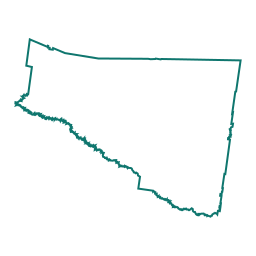 the district of Edward River, New South Wales, Australia
{"feature_id": "25037944B16722839752740", "entity_name": "Edward River", "entity_type": "district", "adm_level": 2, "iso_a3": "AUS", "parent_name": "Australia", "parent_adm1": "New South Wales", "projection": "natural_earth1", "projection_center": [144.82, -35.234], "detail": "fine", "context": "isolated", "style": "outline", "palette": "teal", "viewbox_px": 256, "rotation_deg": 0, "n_neighbors": 0, "source": "geoboundaries", "source_scale": "gbopen_adm2", "svg_char_len": 5795}
<svg xmlns="http://www.w3.org/2000/svg" viewBox="0 0 256 256"><path d="M222.3,188.0L224.4,173.9L225.3,174.1L230.0,139.6L228.0,139.3L228.1,138.0L229.1,137.8L229.1,137.0L230.3,136.8L229.9,136.1L230.7,135.7L230.4,135.3L230.9,134.7L230.1,134.2L230.7,133.6L230.6,132.5L230.2,132.1L230.8,130.7L230.7,130.4L230.1,130.5L229.8,129.5L230.3,129.4L230.0,129.0L230.6,128.7L231.0,127.4L232.5,126.8L233.0,123.7L231.3,123.9L232.9,112.9L232.2,113.4L235.3,91.7L236.1,91.5L240.6,60.4L179.5,59.3L161.2,59.0L160.8,59.4L155.7,58.6L155.3,59.0L150.6,59.2L148.1,58.8L98.3,58.5L65.0,53.1L53.1,48.1L52.8,49.7L49.4,49.2L49.6,47.8L48.0,47.6L48.2,45.9L47.9,45.8L47.8,47.0L29.8,39.4L26.3,65.7L31.9,67.0L28.2,94.0L27.9,93.9L27.5,94.7L26.7,94.1L26.2,95.2L27.0,95.0L26.9,95.6L25.6,95.4L25.3,95.7L25.0,95.4L24.4,96.0L24.7,95.2L24.1,95.1L24.0,95.9L23.8,95.2L23.5,95.7L23.0,95.8L22.7,96.6L22.1,96.6L22.6,97.1L23.3,96.7L23.1,97.5L24.1,98.1L23.1,98.6L22.3,99.6L21.2,99.4L21.4,100.3L20.6,100.4L21.0,101.0L20.3,100.9L20.0,100.5L18.0,102.1L16.6,102.5L15.5,102.2L15.4,103.4L17.0,103.5L16.1,105.3L18.3,104.5L18.5,105.2L19.3,104.8L20.3,105.2L20.5,105.6L20.1,105.9L21.2,106.9L21.5,106.8L21.7,107.3L23.1,107.2L22.9,108.2L24.7,108.0L24.0,109.1L24.1,109.7L24.9,108.8L25.1,109.8L25.6,109.6L26.2,110.2L26.2,109.6L27.0,109.6L27.2,109.8L26.7,110.4L28.3,110.2L28.4,110.8L29.0,111.0L28.5,111.6L28.5,112.3L29.1,112.4L28.7,112.9L30.2,113.5L30.3,112.2L30.7,112.0L31.3,112.5L30.9,113.0L32.2,114.7L33.2,114.7L33.2,113.4L33.4,114.5L33.7,114.6L33.6,114.0L34.4,113.2L34.5,114.3L34.9,114.6L35.3,114.5L34.9,114.0L35.5,114.1L35.7,113.5L36.2,113.3L36.6,113.4L36.4,114.2L38.0,113.2L38.9,113.3L38.5,114.3L38.9,115.0L39.7,114.3L40.7,114.1L40.3,114.9L39.2,115.5L39.7,116.0L40.8,115.7L41.4,116.7L42.1,115.6L42.5,115.5L42.3,116.5L42.8,117.2L43.5,116.3L44.1,116.2L43.5,117.6L44.4,117.3L45.1,117.9L45.2,118.9L45.6,119.1L45.9,119.0L45.8,117.9L46.5,117.4L46.8,118.6L48.1,117.4L48.9,118.8L49.4,117.8L49.8,118.6L50.9,118.1L51.3,118.4L51.2,119.2L52.1,120.1L52.6,119.6L52.8,118.3L54.1,119.5L54.6,119.2L54.1,118.8L55.0,118.3L54.9,119.2L55.2,118.8L56.1,119.6L56.8,118.9L57.0,119.4L58.5,119.6L59.4,120.3L60.7,119.2L60.8,120.6L61.6,119.4L61.8,120.4L62.4,120.9L63.6,119.9L63.9,121.0L63.6,122.6L65.2,122.2L65.1,121.8L64.2,121.8L64.5,120.7L65.0,120.7L64.9,121.6L65.6,121.3L65.6,122.1L66.7,121.7L66.2,122.1L66.8,122.9L66.4,123.9L68.1,123.3L67.9,124.5L68.5,123.7L68.9,124.2L69.4,124.1L69.6,124.6L71.2,124.9L71.0,125.8L70.4,126.1L70.7,127.0L71.6,127.1L71.4,127.5L71.9,128.0L70.4,128.7L70.5,129.4L69.5,130.0L70.2,129.7L70.5,130.5L71.3,130.0L71.8,130.6L71.9,131.1L70.7,131.4L70.8,131.8L71.6,131.5L71.4,132.6L72.0,131.7L73.0,131.7L73.6,132.3L73.0,133.3L73.6,132.9L74.1,133.3L74.7,132.8L74.6,133.8L76.5,134.0L75.6,134.6L76.0,135.2L76.8,135.0L77.3,135.5L77.2,135.9L76.6,135.3L76.9,137.0L78.0,136.0L77.7,136.8L78.0,137.7L78.6,137.2L79.1,138.2L79.6,136.9L79.4,138.3L80.7,137.4L81.3,139.1L82.0,139.8L83.0,138.6L83.5,139.0L84.0,138.4L83.9,139.3L84.7,138.9L84.5,139.6L85.2,140.2L84.3,140.7L84.6,140.9L84.9,140.7L84.8,141.3L85.7,141.5L85.2,142.1L86.2,142.4L85.6,143.3L87.0,143.1L86.8,143.6L87.3,144.1L88.3,143.5L88.0,144.2L88.3,144.5L89.0,144.3L88.6,145.3L89.1,146.0L89.4,146.0L89.5,145.3L89.8,145.2L90.2,145.9L90.8,145.3L91.1,146.1L91.9,145.5L92.3,146.4L92.8,146.7L92.9,145.8L93.4,145.3L93.7,146.2L94.1,145.7L95.0,145.4L94.6,146.0L95.3,146.2L95.9,147.2L95.2,147.8L95.9,148.4L95.5,148.9L95.2,148.2L94.4,148.3L95.0,148.4L94.8,149.8L95.9,149.1L96.8,150.5L98.0,149.5L98.4,150.0L99.7,149.4L100.3,150.3L101.3,150.3L101.7,150.9L101.1,151.6L101.7,151.6L101.5,152.5L102.0,152.2L102.6,153.2L103.1,152.6L103.8,152.8L102.8,155.2L103.1,156.8L104.6,157.2L104.9,158.0L106.0,158.1L106.5,158.7L106.9,158.0L107.6,159.5L109.0,159.3L108.9,160.5L110.3,160.0L110.7,160.5L112.9,160.7L113.7,160.2L115.8,160.1L115.4,160.8L115.7,161.6L116.1,161.9L116.6,161.4L117.0,161.6L116.6,162.8L118.7,162.3L118.4,163.7L119.0,164.2L119.2,165.7L120.2,165.3L120.7,165.5L120.1,166.4L121.8,165.8L122.2,166.5L123.2,166.3L124.0,166.7L124.0,166.1L124.4,165.8L124.8,166.8L125.4,166.8L125.8,166.2L127.5,167.0L127.2,167.6L127.5,168.1L128.0,167.4L128.7,167.9L130.8,168.0L131.8,168.6L132.3,170.1L133.7,171.6L133.8,172.4L135.0,172.7L135.6,173.2L136.2,172.6L137.7,173.6L138.0,175.5L140.0,176.7L138.3,188.6L153.0,190.7L153.1,191.7L153.7,191.2L154.7,191.7L154.9,192.7L155.3,192.6L155.2,193.7L156.5,193.7L156.2,194.3L156.6,194.6L156.5,195.2L157.6,195.8L157.7,196.7L158.5,196.1L158.4,196.8L159.3,196.7L159.8,197.7L160.4,197.1L161.2,198.6L162.1,198.7L162.4,198.3L163.8,199.3L164.1,199.1L164.4,199.6L165.2,199.2L165.4,199.7L165.8,199.5L166.2,200.1L166.8,199.4L166.8,199.8L168.2,200.0L168.1,200.6L168.8,200.7L168.6,201.3L169.2,201.1L168.9,201.9L169.7,201.7L169.3,202.2L169.9,202.4L169.6,202.8L169.8,203.5L171.3,203.4L172.0,205.1L172.7,205.0L172.7,205.6L173.3,205.7L173.0,206.9L174.4,206.4L174.6,206.7L174.4,207.2L174.8,207.3L175.6,206.8L175.8,207.2L177.4,207.1L178.2,207.8L178.2,208.4L180.0,209.6L180.3,209.2L180.9,209.6L181.6,209.3L181.9,210.1L182.6,210.1L183.7,208.8L184.3,209.2L185.0,208.7L185.5,209.1L186.2,208.7L186.7,209.5L188.0,209.4L188.6,210.1L189.4,210.1L191.7,208.3L192.8,209.1L192.8,210.7L193.2,211.4L194.3,212.1L195.0,212.0L195.9,214.0L196.6,214.2L196.7,214.8L197.7,215.2L198.8,215.3L199.2,214.8L198.8,213.9L199.5,213.9L200.0,214.3L201.0,213.7L203.7,213.6L204.2,214.1L204.6,215.1L205.6,214.6L206.1,215.3L207.0,215.1L207.2,216.0L207.8,215.6L210.5,216.6L211.1,215.8L211.9,215.7L212.3,214.5L214.1,213.3L214.8,213.4L215.1,212.9L216.5,213.4L217.3,214.4L217.9,210.9L219.8,211.2L220.0,210.0L219.4,209.8L219.6,208.5L220.2,208.6L220.4,207.3L219.4,207.1L219.6,206.0L220.5,206.2L220.9,203.3L220.4,203.3L221.5,196.1L220.1,195.8L220.4,194.0L221.6,194.2L221.9,191.8L222.3,191.8L222.9,188.1L222.3,188.0Z" fill="none" stroke="#0f766e" stroke-width="2"/></svg>